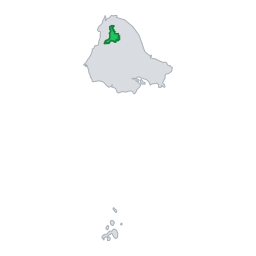 Orellana, Orellana, Ecuador (highlighted), rotated 270°
{"feature_id": "8360857B2632512841058", "entity_name": "Orellana", "entity_type": "district", "adm_level": 2, "iso_a3": "ECU", "parent_name": "Ecuador", "parent_adm1": "Orellana", "projection": "mercator", "projection_center": [-76.797, -0.605], "detail": "fine", "context": "in_parent", "style": "filled", "palette": "green", "viewbox_px": 256, "rotation_deg": 270, "n_neighbors": 0, "source": "geoboundaries", "source_scale": "gbopen_adm2", "svg_char_len": 7266}
<svg xmlns="http://www.w3.org/2000/svg" viewBox="0 0 256 256"><g transform="rotate(270 128 128)"><path d="M240.2,105.1L239.4,105.6L237.5,105.8L236.1,105.4L235.5,105.4L235.4,105.8L237.3,107.1L238.2,109.3L239.6,110.6L240.5,111.3L240.5,111.8L240.2,112.7L240.2,113.4L240.6,116.8L240.3,117.0L239.3,117.0L238.5,116.4L236.2,124.7L229.1,133.0L221.0,138.9L211.7,142.3L204.8,144.6L203.7,145.5L200.4,149.7L200.2,150.1L200.7,150.8L200.7,151.3L200.2,151.6L199.8,151.6L199.6,151.4L199.4,150.9L199.0,150.4L198.4,150.2L198.1,150.4L198.1,150.8L197.4,153.1L197.4,154.2L197.1,154.6L197.1,155.6L196.4,156.5L195.9,158.0L195.3,158.5L194.6,160.8L193.5,163.1L193.5,163.9L193.8,164.5L193.9,165.0L193.4,166.4L191.0,167.8L190.4,168.5L190.2,169.3L190.3,169.9L190.2,170.5L189.5,170.7L188.7,172.0L188.1,172.3L186.6,171.9L185.5,171.9L184.6,171.4L182.9,169.2L182.2,167.9L182.0,166.1L180.4,164.9L178.2,165.2L177.5,164.8L175.9,164.0L174.5,163.2L173.5,162.7L172.7,162.9L171.4,164.4L170.1,165.0L169.6,165.0L168.8,164.6L168.7,164.1L170.6,161.5L169.2,161.5L168.7,160.9L168.6,160.3L168.4,159.6L168.7,158.8L169.4,158.4L170.5,158.7L171.2,158.7L171.7,158.0L172.7,157.4L172.9,157.0L172.4,155.7L172.3,155.1L172.4,154.7L172.4,153.3L172.1,152.8L172.0,152.1L171.8,151.7L171.6,150.7L170.9,150.2L173.2,149.4L174.0,148.7L175.0,148.0L175.9,147.1L176.5,146.1L177.8,141.8L179.1,139.1L178.9,137.8L177.8,136.1L177.6,133.5L177.7,132.7L177.6,132.1L176.9,133.2L177.0,137.0L176.4,138.7L175.6,139.1L175.0,138.8L175.3,136.0L174.7,136.5L173.7,138.4L172.0,139.8L171.9,140.3L171.5,140.9L170.2,140.3L169.2,139.8L166.0,136.6L163.9,136.0L162.6,134.9L162.3,134.4L162.2,133.8L163.5,133.1L164.8,132.2L165.0,130.3L164.9,128.7L163.9,126.1L164.4,122.7L164.1,121.3L163.0,118.5L163.8,117.1L166.8,116.0L167.8,115.3L168.5,113.1L169.1,111.7L170.5,112.3L171.5,112.2L170.1,111.7L169.0,109.7L168.8,108.7L171.0,106.0L172.1,105.2L173.6,103.8L174.8,101.5L175.1,98.1L174.6,95.5L174.2,92.9L174.9,92.2L176.7,91.9L178.2,91.0L179.0,90.2L180.7,90.3L182.7,89.1L186.0,88.5L190.5,87.1L191.5,85.9L191.1,83.7L192.7,85.0L193.5,86.1L195.8,87.2L198.6,89.3L200.4,90.4L202.4,91.3L205.2,92.3L206.9,92.2L207.7,93.7L208.3,94.2L210.0,94.7L210.2,94.9L210.8,97.8L211.2,98.3L212.6,98.7L214.3,98.9L215.0,98.8L216.6,99.6L218.9,100.3L219.8,100.4L220.2,100.2L220.3,99.9L221.0,100.0L222.1,100.4L223.5,100.4L224.5,100.1L224.7,98.5L225.0,98.1L226.1,97.5L226.6,97.6L229.4,98.9L230.0,99.4L230.7,100.3L232.0,101.6L233.4,102.5L235.6,102.8L237.7,104.2L240.2,105.1ZM20.6,103.3L21.5,104.2L21.9,106.7L24.7,109.4L25.0,110.9L24.8,111.6L24.9,111.9L26.2,112.9L27.1,114.0L25.6,116.6L22.5,117.7L19.2,117.7L18.6,117.4L17.7,116.4L17.5,115.5L18.0,114.7L19.8,113.4L22.4,112.2L22.7,111.4L21.6,110.5L20.9,108.8L19.3,107.6L18.5,104.0L17.9,103.8L16.8,104.3L16.2,103.9L16.1,103.7L17.4,102.8L17.6,102.2L19.4,102.0L20.1,102.4L20.6,103.3ZM33.5,114.3L32.8,114.3L30.6,113.0L30.8,111.7L31.6,110.8L34.4,110.3L35.5,111.2L35.4,112.7L34.5,113.9L33.7,114.1L33.5,114.3ZM173.6,144.5L173.3,145.1L172.0,145.0L171.7,144.8L172.0,142.3L172.3,141.5L173.4,140.7L174.3,140.3L175.4,140.4L176.7,141.1L175.2,142.4L174.1,142.8L173.6,144.5ZM18.5,110.0L17.1,110.3L16.0,109.8L15.5,109.1L15.4,108.0L15.5,107.6L18.0,107.2L18.9,108.1L18.9,109.5L18.5,110.0ZM46.1,116.2L44.4,116.8L43.5,116.2L43.5,115.9L44.3,115.0L45.2,114.6L46.0,113.6L47.4,113.0L47.9,113.2L48.1,113.4L48.2,113.7L47.8,114.5L46.9,115.0L46.1,116.2ZM30.2,108.3L29.6,108.7L27.0,108.2L26.2,107.4L26.8,106.3L27.4,105.9L28.9,106.3L30.5,107.5L30.2,108.3ZM32.3,122.1L31.7,122.1L30.9,121.5L31.5,120.5L32.6,121.0L32.9,121.4L32.3,122.1ZM190.4,86.5L189.6,86.6L189.3,85.9L190.2,85.2L190.5,85.0L190.4,86.5Z" fill="#d9dde1" stroke="#a8b0b8" stroke-width="1"/><path d="M230.3,111.2L229.5,110.6L229.3,110.3L229.3,109.8L229.0,109.7L228.6,109.9L228.2,109.8L227.6,109.7L227.1,109.8L226.7,109.8L226.3,110.2L225.8,110.4L225.5,110.5L225.3,110.8L225.0,110.8L224.5,110.4L223.9,110.4L223.6,110.2L223.4,109.8L223.3,109.7L223.1,109.7L222.8,109.4L222.6,109.3L222.2,109.5L221.9,109.8L221.6,109.9L220.8,109.9L220.4,109.8L220.1,109.8L219.9,109.7L219.7,109.7L219.4,109.7L218.2,110.0L218.0,109.9L217.9,109.7L217.7,109.8L217.5,109.7L217.4,109.5L217.5,109.3L217.4,109.2L216.7,109.0L216.8,108.8L216.8,108.5L216.4,108.3L216.3,108.1L216.3,107.9L215.9,107.5L215.8,106.8L215.8,106.4L215.6,106.3L215.5,105.9L215.3,105.8L215.1,105.6L215.1,105.4L214.8,105.3L214.5,105.1L214.0,105.0L213.8,105.0L213.7,105.0L213.7,104.8L213.4,104.7L213.1,104.5L212.8,104.4L212.6,104.3L212.4,104.4L212.4,104.5L212.5,104.5L212.6,104.8L212.7,105.1L212.7,105.4L212.8,105.6L212.7,105.6L212.5,105.8L212.5,106.0L212.5,106.3L212.5,106.5L212.8,106.6L212.7,106.6L212.8,106.6L212.9,107.0L213.0,107.0L212.9,107.1L213.0,107.2L212.9,107.1L212.8,107.3L213.1,107.4L213.0,107.6L213.1,107.9L213.0,108.0L212.9,107.9L212.9,108.0L212.8,108.3L212.7,108.4L212.6,108.6L212.6,108.8L212.8,108.8L213.0,108.8L213.3,108.9L213.3,109.0L213.1,109.1L213.3,109.3L213.7,109.6L213.9,109.7L214.0,109.7L214.1,109.9L214.1,109.7L214.2,109.9L214.4,109.9L214.4,110.0L214.6,110.0L214.6,109.8L214.6,109.7L214.8,110.1L214.8,110.3L214.7,110.4L215.3,111.1L215.5,111.2L215.4,111.5L215.2,111.6L215.3,111.9L215.1,112.1L214.8,113.0L215.0,113.3L215.0,113.7L214.8,113.8L214.6,113.8L214.6,114.1L214.4,114.2L214.2,114.2L214.0,114.4L213.9,114.6L213.8,114.8L213.9,115.1L214.0,115.2L214.0,115.3L213.9,115.4L213.9,115.5L214.1,115.4L214.2,115.5L214.4,115.7L214.5,115.6L214.6,116.0L215.0,116.0L215.3,116.2L215.8,116.2L216.2,116.3L216.0,116.5L215.9,116.5L215.6,116.8L215.6,117.0L215.8,117.1L216.0,117.2L216.2,117.3L215.9,117.4L215.9,117.5L215.7,117.5L215.3,117.7L215.3,117.9L215.4,118.0L215.5,118.1L215.6,118.4L215.7,118.5L216.0,118.8L216.2,118.7L216.3,118.8L216.3,118.7L216.4,118.8L216.5,118.7L216.6,118.8L216.6,118.7L216.6,118.8L216.7,118.7L216.8,118.8L217.0,118.9L217.1,119.0L217.4,119.1L217.5,119.1L217.8,119.2L218.0,119.2L218.1,119.3L218.3,119.4L218.3,119.5L218.5,119.6L218.8,119.6L218.9,119.4L218.9,119.2L218.9,118.9L219.0,119.0L219.1,118.9L219.3,118.9L219.6,118.7L219.8,118.7L219.9,118.8L219.9,118.7L219.9,118.8L219.9,118.7L220.0,118.8L220.0,118.7L220.0,118.8L220.3,118.8L220.4,118.7L220.9,118.5L221.0,118.4L221.4,118.2L221.4,118.3L221.6,118.2L221.7,118.3L221.9,118.3L222.0,118.4L222.3,118.3L222.3,114.8L222.5,114.8L222.8,114.7L222.9,114.8L223.0,114.8L223.0,114.7L223.3,114.6L223.5,114.6L223.8,114.6L224.0,114.5L224.1,114.4L224.2,114.5L224.2,114.4L224.3,114.4L224.4,114.2L224.5,114.2L224.7,113.9L224.9,113.9L224.9,113.7L225.0,113.7L225.3,113.5L225.3,113.4L225.5,113.4L225.6,113.5L225.6,113.4L225.6,113.5L225.7,113.4L225.9,113.3L226.0,113.5L226.0,113.3L226.2,113.2L226.2,113.3L226.3,113.3L226.5,113.2L226.5,113.3L226.6,113.2L226.8,113.0L226.8,112.9L226.9,112.7L227.0,112.8L227.1,112.6L227.2,112.8L227.4,112.8L227.4,112.7L227.5,112.7L227.4,112.6L227.5,112.5L227.8,112.5L227.9,112.3L228.0,112.3L228.1,112.5L228.3,112.4L228.3,112.5L228.5,112.5L228.4,112.5L228.4,112.4L228.6,112.4L228.6,112.5L228.7,112.4L228.8,112.4L228.8,112.2L228.9,112.4L229.0,112.4L229.3,112.4L229.2,112.4L229.3,112.5L229.4,112.3L229.5,112.5L229.4,112.5L229.6,112.5L229.7,112.4L229.6,112.5L229.8,112.6L229.9,112.8L230.0,112.9L230.0,113.0L229.9,113.1L230.0,113.1L230.0,113.3L230.0,113.5L230.1,113.4L230.2,113.5L230.1,113.4L230.3,113.5L230.3,113.4L230.3,111.2Z" fill="#22c55e" stroke="#15803d" stroke-width="1.5"/></g></svg>